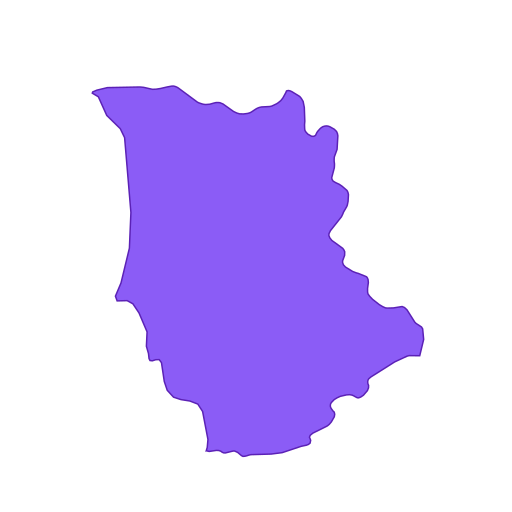 the Province of Rayong, rotated 77°
{"feature_id": "THA-434", "entity_name": "Rayong", "entity_type": "Province", "adm_level": 1, "iso_a3": "THA", "parent_name": "Thailand", "parent_adm1": "", "projection": "robinson", "projection_center": [101.425, 12.873], "detail": "fine", "context": "isolated", "style": "filled", "palette": "violet", "viewbox_px": 512, "rotation_deg": 77, "n_neighbors": 0, "source": "natural_earth", "source_scale": "10m", "svg_char_len": 2998}
<svg xmlns="http://www.w3.org/2000/svg" viewBox="0 0 512 512"><g transform="rotate(77 256 256)"><path d="M434.6,348.3L431.6,346.6L424.0,344.1L395.5,343.0L387.2,346.0L382.4,353.1L379.0,361.5L375.0,368.1L366.9,372.7L357.6,373.6L338.7,372.1L335.2,373.6L334.5,377.0L334.8,380.6L334.0,382.8L331.9,383.3L326.8,382.7L319.3,383.1L305.4,379.2L285.2,382.8L274.9,386.7L270.5,391.6L268.5,401.4L263.5,402.0L251.9,393.6L219.9,377.6L185.5,368.1L111.1,357.4L101.4,359.6L85.5,369.8L65.4,373.8L60.5,378.9L59.4,378.2L58.6,373.8L58.5,362.9L65.2,331.1L66.4,327.5L70.3,319.4L71.0,315.7L71.3,311.3L71.3,304.6L71.5,300.0L71.9,298.0L72.7,296.5L73.6,295.2L74.7,294.0L93.0,278.4L94.0,277.1L95.7,274.3L96.5,272.7L97.1,270.9L97.7,266.8L97.5,262.7L97.5,260.5L97.9,258.5L98.5,256.7L99.5,255.3L100.4,254.0L110.2,245.3L112.4,242.5L113.8,240.0L114.8,236.2L115.2,232.0L115.1,230.0L114.7,228.2L112.8,223.2L112.3,221.5L112.0,219.4L112.0,217.2L113.4,209.2L113.5,207.2L113.1,205.2L112.3,201.6L111.7,200.0L110.2,196.9L108.1,194.3L103.4,190.1L102.2,189.3L102.0,189.1L102.0,188.6L102.0,187.3L102.7,185.7L103.9,184.1L110.4,177.5L112.6,176.4L116.0,175.3L122.1,175.5L135.6,178.1L139.1,179.2L142.7,179.9L144.6,180.1L146.6,179.4L148.9,178.1L151.9,174.8L152.4,172.7L151.9,170.9L149.4,168.9L148.3,167.7L146.4,165.0L145.6,163.5L145.0,161.7L144.9,159.6L145.2,157.7L145.9,156.1L146.8,154.8L150.1,151.2L152.8,149.5L155.0,149.1L157.3,149.2L170.3,153.0L177.1,157.4L179.0,158.0L181.1,158.5L183.9,158.8L185.9,159.3L187.8,159.9L196.7,164.6L198.4,164.7L200.4,164.0L202.4,161.9L204.9,158.7L207.4,156.4L212.6,152.6L214.6,152.1L217.0,152.1L223.5,154.0L227.0,155.6L228.3,156.5L233.0,160.9L234.5,161.9L237.0,163.9L248.1,177.8L250.7,179.9L252.4,180.4L254.9,180.0L257.9,178.6L268.0,169.8L269.8,169.0L271.8,168.6L275.3,169.5L280.2,172.7L281.9,173.1L284.3,172.8L286.9,171.3L292.8,165.3L295.1,161.9L295.8,160.5L300.4,153.9L301.2,152.9L302.4,152.4L304.2,152.1L307.2,152.5L312.7,154.6L316.3,155.4L318.2,155.4L321.0,154.2L324.4,152.2L331.0,146.9L333.8,144.0L335.7,141.5L336.3,139.7L337.5,133.8L338.1,125.0L339.6,122.9L342.4,121.0L356.3,116.1L357.7,115.2L362.4,110.7L364.5,110.0L375.0,111.4L390.0,118.9L387.5,129.3L387.6,131.5L390.4,144.7L399.6,171.0L401.0,173.8L402.3,174.9L403.8,175.5L405.7,175.7L407.4,175.4L409.7,176.0L412.2,177.7L415.8,182.6L417.0,185.7L417.3,187.9L417.0,188.8L416.9,189.2L416.1,190.2L414.2,192.3L413.2,193.6L412.2,195.9L411.7,199.0L411.7,205.4L412.4,208.8L413.5,212.1L415.6,215.3L416.7,216.5L418.0,217.1L419.6,217.4L421.3,217.1L424.4,215.8L425.7,214.9L427.9,214.9L430.3,215.9L434.6,219.9L436.5,222.5L437.6,224.7L441.4,240.5L442.9,243.5L444.6,244.7L446.2,244.4L447.9,244.2L450.5,245.4L451.4,247.3L451.7,249.5L451.6,254.7L453.5,274.7L452.4,285.7L448.4,305.7L448.4,307.8L448.6,310.0L448.6,311.9L448.3,313.8L447.2,315.1L443.3,318.0L441.3,320.6L441.2,320.9L441.0,321.4L440.9,322.9L441.0,330.2L440.5,331.9L439.5,333.2L438.3,334.2L437.2,335.9L436.5,338.3L435.9,345.6L434.6,348.2L434.6,348.3Z" fill="#8b5cf6" stroke="#5b21b6" stroke-width="1.5"/></g></svg>